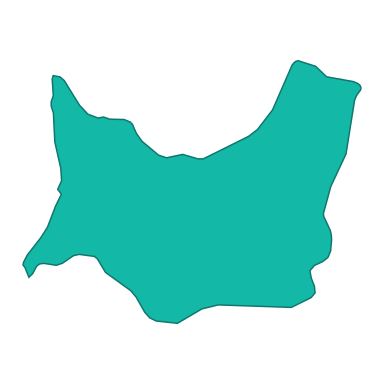 an SVG outline of Medio Campidano
{"feature_id": "ITA-5372", "entity_name": "Medio Campidano", "entity_type": "Province", "adm_level": 1, "iso_a3": "ITA", "parent_name": "Italy", "parent_adm1": "", "projection": "orthographic", "projection_center": [8.697, 39.58], "detail": "fine", "context": "isolated", "style": "filled", "palette": "teal", "viewbox_px": 384, "rotation_deg": 0, "n_neighbors": 0, "source": "natural_earth", "source_scale": "10m", "svg_char_len": 1148}
<svg xmlns="http://www.w3.org/2000/svg" viewBox="0 0 384 384"><path d="M28.9,277.3L24.8,267.1L23.0,265.1L23.5,262.4L27.3,255.0L40.8,237.7L47.5,227.1L55.6,206.0L61.4,194.2L57.7,189.3L61.6,180.7L60.8,168.4L54.8,141.8L53.4,112.9L51.2,106.1L51.2,101.8L53.3,95.8L52.2,79.1L53.2,75.6L59.9,76.9L64.2,80.5L79.5,105.2L87.9,114.2L98.3,118.1L103.4,117.0L109.9,119.2L124.1,119.5L130.4,122.1L132.5,124.5L136.4,133.4L142.0,141.3L158.5,155.1L166.6,157.8L182.6,154.4L197.8,158.8L203.2,158.9L248.5,136.4L257.5,129.5L272.5,110.0L292.1,65.1L294.0,62.8L295.9,61.3L298.1,60.7L315.6,66.3L326.6,76.8L353.4,81.6L358.0,83.6L360.1,85.4L361.0,88.0L360.5,90.1L356.9,94.9L354.6,100.1L346.0,154.0L330.8,186.5L323.4,213.6L323.8,216.5L330.3,230.5L331.3,235.0L331.6,240.0L330.6,251.0L327.9,257.5L322.7,261.6L314.5,265.4L309.9,270.7L311.3,278.2L314.4,286.1L315.1,292.9L311.1,297.6L291.3,307.4L218.3,304.9L201.9,308.9L177.4,323.3L156.2,321.0L149.8,317.9L144.7,312.2L136.2,297.2L130.9,290.8L105.5,272.4L97.3,258.7L94.3,256.4L79.3,254.4L73.6,255.6L62.3,263.3L56.3,265.3L44.0,263.4L39.7,263.9L36.7,266.1L32.7,273.6L28.9,277.3Z" fill="#14b8a6" stroke="#0f766e" stroke-width="1.5"/></svg>